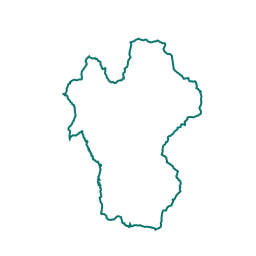 Nam Tra My, Quàng Nam, Vietnam (Natural Earth projection), rotated 202°
{"feature_id": "81297802B98842550999199", "entity_name": "Nam Tra My", "entity_type": "district", "adm_level": 2, "iso_a3": "VNM", "parent_name": "Vietnam", "parent_adm1": "Quàng Nam", "projection": "natural_earth1", "projection_center": [108.076, 15.133], "detail": "fine", "context": "isolated", "style": "outline", "palette": "teal", "viewbox_px": 256, "rotation_deg": 202, "n_neighbors": 0, "source": "geoboundaries", "source_scale": "gbopen_adm2", "svg_char_len": 5776}
<svg xmlns="http://www.w3.org/2000/svg" viewBox="0 0 256 256"><g transform="rotate(202 128 128)"><path d="M64.5,44.0L64.2,44.6L63.8,45.0L61.6,46.8L60.8,48.3L60.6,49.2L60.8,50.3L62.2,52.5L62.0,53.4L62.0,54.9L62.3,55.1L62.9,56.2L63.6,58.4L64.5,62.4L64.6,63.9L64.3,64.7L63.8,65.1L61.8,65.8L61.9,68.3L61.5,69.9L60.9,70.6L59.0,72.2L58.6,72.7L58.5,73.0L59.0,74.3L58.6,75.9L58.6,76.6L58.8,77.0L59.5,77.8L59.8,78.5L59.7,78.6L58.8,78.4L58.3,79.0L57.8,83.9L57.0,86.1L55.6,88.8L57.0,90.3L57.2,91.6L57.1,92.3L58.4,93.5L58.1,95.2L58.2,96.2L59.4,97.8L59.7,98.5L61.6,98.7L62.0,99.0L62.3,99.5L62.7,99.6L63.1,100.0L63.9,99.9L64.8,100.7L64.7,101.2L65.2,101.8L65.1,104.0L65.5,105.3L65.5,106.4L66.8,106.8L68.5,107.1L69.2,107.5L69.7,107.5L70.7,107.8L72.2,109.5L73.5,109.5L74.3,110.2L75.5,110.1L76.5,110.5L77.2,110.4L77.7,110.8L79.0,110.7L79.3,110.9L79.4,111.9L79.7,112.4L80.4,113.1L81.1,114.5L81.6,114.7L81.9,115.0L82.3,115.0L82.9,115.6L83.8,115.8L84.6,115.5L85.9,115.9L86.5,115.7L86.8,115.9L86.9,116.1L86.8,117.0L87.1,119.5L87.8,120.5L88.6,124.2L88.5,125.1L87.4,127.1L87.3,128.2L87.5,129.1L87.1,129.6L86.5,129.9L86.3,130.6L86.5,132.8L87.5,134.1L87.5,134.8L87.3,135.4L85.4,136.9L84.8,138.5L84.1,139.3L83.9,140.8L83.3,142.8L81.8,144.9L82.1,147.0L80.7,147.7L79.7,148.7L79.7,149.6L80.0,150.5L79.9,151.2L79.2,151.8L78.5,152.0L76.4,152.0L76.6,153.3L77.8,155.1L76.3,157.9L76.2,158.4L76.8,159.3L76.6,160.3L75.8,160.6L74.8,161.4L74.0,161.7L73.2,162.1L71.6,162.2L69.1,164.5L68.6,165.4L67.5,165.8L66.9,167.3L66.0,168.0L66.1,169.8L66.5,170.7L67.4,171.4L67.9,172.1L69.0,172.9L69.4,173.5L69.1,176.9L69.5,178.8L70.2,180.5L70.9,181.4L71.8,184.9L72.6,186.0L73.8,187.2L74.1,188.2L74.8,188.4L75.0,188.8L74.7,189.3L75.7,189.4L77.0,189.9L77.8,190.5L78.5,190.4L79.6,190.7L79.7,192.4L80.9,193.9L81.2,194.9L82.0,195.3L82.4,195.7L82.7,196.3L83.0,196.4L83.7,196.3L84.7,195.4L86.4,195.2L87.1,194.7L88.4,194.5L90.0,195.6L90.7,196.9L93.7,195.3L94.5,194.5L96.6,195.7L97.4,196.6L98.9,196.6L101.3,197.6L102.9,197.8L107.4,199.4L114.5,211.5L116.9,212.3L119.1,211.5L120.2,211.6L121.9,212.4L122.9,212.6L123.4,213.3L124.8,214.6L124.5,218.1L124.7,218.7L124.6,219.2L125.2,220.2L127.1,220.0L128.1,219.5L129.3,219.8L130.5,219.7L132.5,220.2L133.5,220.2L134.4,218.9L135.4,218.5L137.2,217.2L137.7,216.6L138.8,216.0L140.2,215.7L142.1,215.8L142.6,216.0L143.0,216.5L144.6,216.6L145.2,216.4L146.2,215.3L146.8,215.0L148.9,214.7L151.9,214.6L154.3,212.0L154.5,211.1L155.5,210.1L157.1,209.2L157.7,208.5L157.5,207.9L156.5,206.9L156.1,206.1L155.3,201.5L155.2,200.0L155.0,199.0L154.6,198.4L154.4,196.8L152.1,194.6L153.0,190.8L152.6,188.6L151.8,186.2L151.7,184.2L152.3,183.5L153.3,181.7L153.3,181.4L152.4,180.2L152.0,178.8L152.0,178.4L152.8,177.1L152.8,176.4L151.8,174.6L150.7,173.3L150.4,172.3L151.1,172.1L151.5,171.8L151.6,170.1L152.0,169.6L152.8,169.5L155.1,167.7L155.3,167.4L155.7,166.0L156.4,165.1L157.5,164.5L158.3,165.1L159.2,165.0L160.8,164.0L163.7,164.8L164.5,165.8L166.7,166.9L167.5,168.3L169.3,169.7L170.2,170.7L170.3,171.2L170.2,172.2L171.1,173.8L171.3,174.9L172.2,174.6L172.4,174.0L173.5,173.1L175.0,174.2L175.6,175.1L176.1,175.4L177.0,176.3L177.4,176.5L177.9,178.4L178.2,178.7L179.3,179.2L180.6,178.9L182.6,180.4L183.7,179.9L184.3,180.4L184.8,180.5L185.7,179.7L186.9,179.1L190.3,179.2L190.9,179.8L192.3,176.7L192.5,174.4L190.2,171.9L190.1,171.5L192.0,162.7L191.5,161.6L191.3,160.4L189.5,157.3L189.2,155.8L189.4,155.5L190.6,155.1L191.7,154.5L193.4,153.0L195.2,152.8L196.2,152.5L197.6,150.9L198.8,149.1L198.8,148.7L198.3,148.1L198.3,147.8L198.5,147.5L199.1,147.2L199.2,146.6L199.8,145.8L199.4,143.6L199.7,141.7L198.9,140.1L198.7,139.2L198.9,136.7L199.1,136.2L200.4,135.4L198.8,134.6L197.9,135.1L196.4,135.1L196.1,134.7L195.8,134.6L195.5,133.7L194.9,132.9L193.2,131.9L192.3,131.7L191.0,130.5L189.9,130.3L189.3,130.0L188.6,129.1L186.4,128.9L186.1,127.6L184.8,126.8L184.1,124.6L182.4,121.9L181.2,119.6L181.0,119.0L181.4,117.5L181.0,115.0L181.5,113.0L181.6,109.9L182.9,106.8L183.0,105.2L182.5,104.1L180.7,103.5L180.4,103.2L180.0,102.1L179.9,100.8L179.1,98.4L178.0,96.1L177.9,96.0L178.0,97.3L177.8,98.2L177.0,99.7L176.2,100.6L175.6,101.0L173.9,101.2L173.6,101.4L172.8,102.7L171.9,103.6L171.6,104.5L171.5,105.3L170.1,106.5L169.7,107.7L169.1,107.9L168.9,107.5L169.0,106.5L166.8,104.6L165.7,102.7L164.6,102.4L163.9,101.2L162.3,99.9L161.7,100.7L160.4,100.2L160.3,99.9L160.8,99.4L160.5,98.7L160.4,97.1L158.5,95.8L158.0,94.8L157.0,94.5L156.3,94.1L156.1,93.7L156.5,93.2L156.4,92.8L155.2,92.6L154.9,91.9L154.2,92.0L153.2,90.7L152.4,90.4L151.9,89.8L151.9,89.0L151.6,88.6L151.0,88.4L150.3,88.6L150.0,88.5L149.4,87.4L149.3,86.4L148.4,85.8L147.7,86.1L146.1,85.3L145.0,85.0L144.1,84.9L143.7,85.5L143.3,85.5L142.6,85.0L142.1,84.1L141.2,83.9L140.9,83.1L140.6,82.9L140.2,82.9L139.6,83.6L139.2,83.7L139.0,83.2L139.0,82.4L139.6,82.1L139.6,81.3L138.3,79.8L137.7,78.9L137.8,77.3L137.2,75.6L137.0,72.8L137.3,71.6L136.4,70.6L136.5,69.4L135.4,69.6L134.9,69.3L135.7,68.3L135.8,66.7L135.4,66.3L133.8,66.2L133.8,65.8L134.3,65.5L134.5,65.2L133.8,64.1L132.9,64.7L132.1,64.6L131.8,64.0L131.6,62.1L130.6,61.7L130.2,61.2L129.9,60.2L130.1,59.4L129.9,58.8L127.5,55.3L127.2,54.6L127.2,53.9L128.0,53.2L128.2,52.7L127.4,51.8L125.9,49.2L123.9,48.0L123.3,47.2L122.4,45.3L122.3,44.5L121.4,41.5L121.1,38.9L120.6,38.4L120.0,38.3L118.2,39.2L117.3,39.2L114.9,38.2L114.4,36.9L112.8,35.8L112.0,35.8L110.3,36.1L109.3,36.4L108.4,37.3L107.7,37.4L106.8,37.9L106.2,38.8L105.5,41.0L104.6,42.3L103.2,42.7L101.4,42.8L100.7,42.4L100.0,41.1L98.7,39.9L98.0,38.1L96.9,37.9L95.9,38.5L95.6,38.4L95.1,37.3L94.7,37.0L93.6,37.1L92.6,36.6L91.4,37.1L90.0,36.6L89.9,37.3L90.1,39.7L88.2,37.9L87.1,38.6L86.5,39.6L85.8,40.1L84.1,40.9L82.5,41.2L80.0,42.5L79.0,42.3L75.1,42.7L73.3,43.7L71.7,43.9L70.0,44.6L68.9,44.4L67.9,44.8L65.9,44.9L65.4,44.7L64.5,44.0Z" fill="none" stroke="#0f766e" stroke-width="2"/></g></svg>